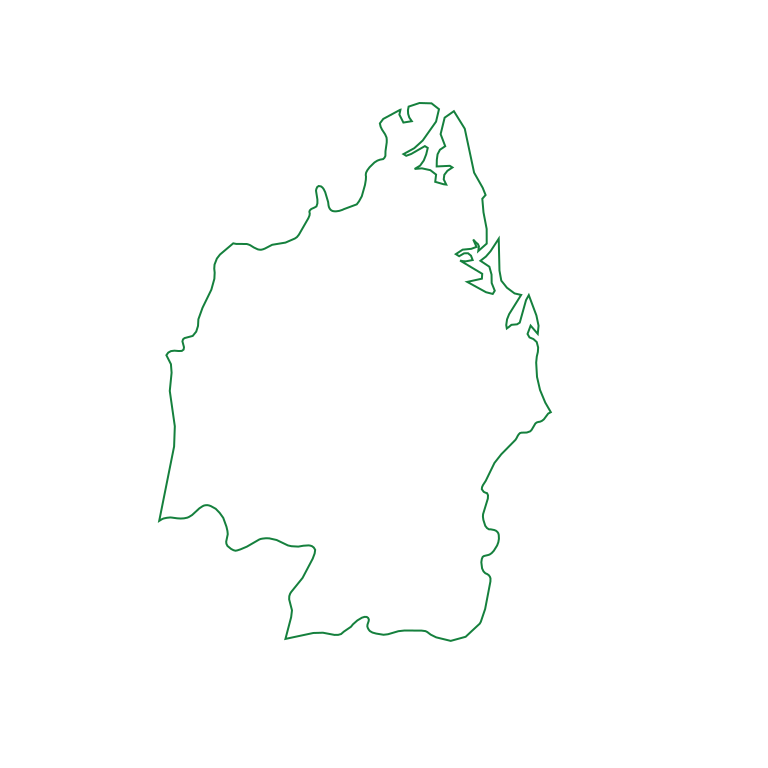 map outline of Chanthaburi (Mercator projection), rotated 212°
{"feature_id": "THA-432", "entity_name": "Chanthaburi", "entity_type": "Province", "adm_level": 1, "iso_a3": "THA", "parent_name": "Thailand", "parent_adm1": "", "projection": "mercator", "projection_center": [102.12, 12.821], "detail": "fine", "context": "isolated", "style": "outline", "palette": "green", "viewbox_px": 768, "rotation_deg": 212, "n_neighbors": 0, "source": "natural_earth", "source_scale": "10m", "svg_char_len": 4666}
<svg xmlns="http://www.w3.org/2000/svg" viewBox="0 0 768 768"><g transform="rotate(212 384 384)"><path d="M583.8,293.6L583.6,296.3L582.1,299.0L579.4,301.2L575.7,303.1L573.0,304.9L572.2,307.0L573.1,309.2L577.5,313.3L578.1,315.3L577.5,317.2L571.7,323.4L571.0,328.9L572.5,334.7L575.7,340.5L578.3,352.5L580.4,372.5L583.6,383.3L586.6,388.7L589.1,391.9L591.0,395.5L592.2,401.8L591.7,406.9L586.4,423.4L586.1,423.5L583.5,424.5L574.6,430.0L572.8,430.5L571.0,430.8L566.7,430.8L562.4,431.3L560.8,431.9L559.3,432.8L558.0,434.1L556.8,435.7L552.6,442.8L542.5,451.7L536.7,460.1L535.7,462.4L535.3,465.4L536.0,484.5L536.5,487.5L537.4,489.4L538.5,490.4L538.9,491.9L538.4,493.9L536.4,496.9L535.4,498.8L536.2,501.9L538.2,505.1L544.1,511.9L544.7,513.5L545.0,515.6L544.3,517.3L542.1,518.2L540.3,518.0L538.4,517.3L535.5,515.5L527.8,508.7L525.8,506.2L524.6,505.0L523.1,504.0L521.4,503.4L519.5,503.4L517.9,504.0L516.3,504.9L513.7,507.1L511.6,509.6L510.7,511.0L502.3,521.9L502.0,525.6L502.3,531.4L505.6,542.7L507.6,547.5L509.2,550.4L510.1,551.4L510.7,552.5L511.2,553.9L511.4,556.6L511.1,560.2L509.5,566.8L508.0,569.9L506.3,572.1L503.9,574.3L503.5,576.1L503.7,578.2L506.1,582.2L509.7,590.3L511.1,592.6L512.4,594.3L515.3,596.3L520.5,598.7L523.2,600.4L525.6,602.8L525.1,608.4L515.6,625.1L515.4,625.3L513.7,620.6L506.1,616.0L499.7,621.6L503.8,623.4L506.7,625.9L508.8,628.9L510.1,632.3L502.8,641.1L492.4,647.2L483.0,646.2L478.9,634.1L480.2,611.0L483.3,600.0L489.3,589.3L486.1,589.3L482.9,593.4L475.4,607.4L472.0,607.4L469.9,601.1L468.7,594.6L469.1,588.3L472.0,582.6L466.1,587.0L458.0,589.9L450.8,589.2L447.7,582.6L439.3,585.0L436.9,586.1L441.8,589.2L443.7,593.4L443.2,598.4L440.7,603.9L443.8,603.9L454.6,596.4L458.0,602.1L460.3,607.2L460.7,612.3L458.1,618.1L468.4,625.9L473.7,642.0L469.3,652.4L450.8,643.3L419.6,611.0L404.3,602.7L398.0,598.1L398.8,593.2L390.6,582.3L379.1,569.9L371.3,557.5L374.5,546.7L376.4,551.0L378.5,552.4L381.3,552.8L384.9,553.8L378.2,549.3L381.6,544.9L388.5,539.6L391.9,532.2L388.0,532.2L385.3,537.3L382.0,539.4L378.2,538.9L374.5,536.1L379.6,531.4L382.2,530.0L384.9,529.0L359.1,529.5L356.8,525.2L367.5,514.7L346.1,515.9L339.5,518.0L339.5,521.8L346.2,526.7L350.8,533.8L356.8,539.3L367.5,539.6L365.1,546.1L364.0,553.0L363.7,568.0L346.2,541.4L339.3,533.8L330.8,530.8L321.3,530.0L314.9,532.2L314.9,509.6L313.9,504.0L311.6,498.8L309.3,496.2L308.3,498.6L307.3,501.7L302.8,505.1L301.4,508.0L308.0,530.4L308.3,536.1L291.1,522.9L283.8,515.3L280.2,508.0L290.6,511.2L288.8,502.5L285.3,500.6L281.1,501.3L276.7,500.5L272.6,496.6L270.5,492.7L269.0,488.3L266.3,482.8L258.0,471.1L248.5,461.6L237.4,453.7L227.6,448.5L229.1,445.9L229.7,438.7L230.6,436.3L231.8,434.6L233.0,433.6L234.1,432.3L234.7,430.7L234.5,423.4L234.8,421.9L234.9,421.4L235.1,421.1L237.2,418.5L241.6,415.6L242.7,414.4L243.1,412.5L243.1,410.6L242.9,408.4L242.9,406.4L247.3,386.6L248.5,375.6L246.4,355.8L246.5,350.7L246.2,348.5L245.3,346.6L242.3,345.4L240.4,345.6L238.7,346.0L236.8,344.7L235.2,341.8L231.0,326.1L229.8,323.9L227.7,321.4L223.0,317.4L220.3,316.4L217.9,316.4L216.5,317.3L213.1,318.6L211.2,318.9L209.4,318.6L208.0,318.0L206.7,316.8L204.5,313.6L203.2,310.4L202.5,307.0L202.5,300.7L203.1,297.6L204.1,295.3L205.2,294.0L207.3,291.9L208.2,290.9L208.3,290.6L208.7,289.7L208.3,287.4L207.0,284.4L203.1,279.6L200.3,277.8L197.8,277.2L195.8,277.5L193.8,277.4L192.1,276.7L190.7,275.6L189.1,272.9L179.0,246.8L175.9,233.7L175.8,231.5L178.6,221.2L180.8,212.9L191.3,201.5L205.5,196.8L211.6,196.2L215.9,196.6L217.9,196.4L221.4,194.8L236.0,185.8L240.8,182.0L248.0,173.9L251.5,171.1L258.4,168.2L262.1,167.1L265.1,167.0L266.8,167.6L268.4,168.5L269.7,169.6L270.5,171.2L271.4,174.9L272.1,176.3L273.5,177.2L275.2,177.3L277.1,176.2L278.9,174.1L281.3,169.4L283.0,163.7L283.2,161.9L283.4,160.5L283.6,160.1L286.8,152.8L287.9,149.2L289.9,147.0L293.0,145.0L304.0,140.7L312.0,135.4L332.5,115.6L339.2,137.1L342.1,143.3L350.3,151.1L351.9,153.9L352.5,156.5L352.5,158.4L350.3,176.4L351.9,198.1L353.0,203.5L354.5,206.9L356.9,208.1L359.1,208.3L360.8,207.9L362.4,207.2L366.7,204.1L370.5,200.7L376.5,197.4L379.9,196.2L392.4,194.8L399.5,192.3L402.3,190.7L405.1,188.5L406.4,187.3L407.4,186.0L414.1,173.4L418.1,167.7L420.3,165.1L421.6,163.9L423.6,163.3L426.3,163.1L430.9,163.7L433.0,165.0L434.3,166.7L436.9,173.8L438.9,176.4L442.0,179.5L449.4,185.3L455.0,187.6L460.6,189.0L466.1,188.7L468.0,188.3L469.7,187.6L471.0,186.7L472.2,185.6L473.1,184.2L474.7,180.7L477.3,171.2L478.9,168.0L479.9,166.5L482.4,164.1L485.1,162.2L488.2,160.5L493.1,158.3L494.5,157.6L497.2,155.5L499.7,153.1L500.6,151.8L501.4,150.2L502.1,148.8L528.9,219.8L539.0,237.3L562.0,264.6L570.1,281.0L575.2,287.9L583.8,293.1L583.8,293.6Z" fill="none" stroke="#15803d" stroke-width="2"/></g></svg>